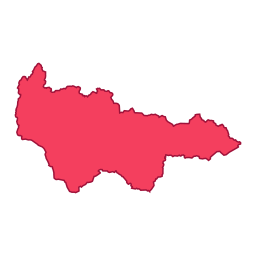 the border of Khanty-Mansiy
{"feature_id": "RUS-2396", "entity_name": "Khanty-Mansiy", "entity_type": "Autonomous Province", "adm_level": 1, "iso_a3": "RUS", "parent_name": "Russia", "parent_adm1": "", "projection": "mercator", "projection_center": [69.975, 62.153], "detail": "fine", "context": "isolated", "style": "filled", "palette": "rose", "viewbox_px": 256, "rotation_deg": 0, "n_neighbors": 0, "source": "natural_earth", "source_scale": "10m", "svg_char_len": 5726}
<svg xmlns="http://www.w3.org/2000/svg" viewBox="0 0 256 256"><path d="M19.2,135.7L17.8,135.0L17.6,134.7L16.9,132.6L16.9,131.9L17.5,130.2L17.8,129.0L18.2,128.5L18.6,127.8L18.5,126.9L18.9,125.3L18.8,125.1L17.8,124.7L17.2,123.1L16.8,121.5L16.8,121.0L17.3,120.5L17.3,119.7L17.5,118.3L17.5,118.1L17.1,117.4L15.9,117.0L15.5,116.0L15.4,115.0L15.4,114.7L15.9,114.0L16.0,113.8L15.7,112.6L16.3,111.0L15.9,110.3L15.9,110.0L16.4,109.5L16.2,108.9L17.0,107.2L17.6,104.9L17.8,101.8L18.3,100.6L18.3,98.9L20.0,97.5L20.5,95.9L20.7,94.9L20.6,94.5L19.7,94.5L18.4,93.0L18.4,92.0L18.8,91.0L18.6,90.1L18.6,88.7L17.5,88.0L17.8,87.2L18.4,86.4L18.7,85.4L19.2,84.9L19.4,84.5L18.9,83.5L19.0,82.3L19.8,80.7L21.0,79.9L22.1,77.8L23.1,76.6L24.5,76.5L25.4,76.8L25.6,77.0L25.5,77.5L27.0,79.1L27.1,79.9L27.3,80.1L28.5,77.9L28.7,77.0L30.1,76.9L31.0,75.3L31.2,74.7L32.3,74.1L32.5,73.3L33.1,72.2L32.5,71.5L33.7,70.0L34.5,68.0L35.2,66.8L36.1,66.2L37.7,63.8L38.9,63.4L41.1,65.3L41.5,67.0L42.2,67.5L41.9,68.9L42.8,70.9L45.6,72.0L45.5,73.0L45.6,73.7L45.5,74.5L45.6,75.4L45.5,76.9L45.3,77.9L44.5,79.5L44.5,80.1L44.5,80.4L45.4,80.8L45.6,81.2L45.7,81.8L45.4,82.2L45.5,83.1L45.0,84.0L43.7,85.0L43.7,85.7L43.3,86.7L44.5,87.9L45.8,87.8L46.3,88.2L46.8,87.7L49.2,87.3L50.4,88.5L51.1,88.6L51.4,90.2L50.6,91.1L51.3,91.9L52.3,92.3L54.6,92.0L54.7,91.8L54.8,91.4L55.6,90.6L59.6,90.5L60.7,89.0L62.0,89.2L64.0,88.4L65.5,88.8L66.8,86.9L67.4,86.4L70.2,86.2L71.4,86.4L72.6,85.9L73.7,86.1L76.4,87.5L76.5,87.2L78.2,86.6L79.8,87.4L80.3,88.0L80.3,88.9L79.9,90.1L79.1,91.2L79.2,91.6L79.1,92.5L79.3,93.1L79.9,93.6L82.3,94.3L82.3,95.0L83.0,95.2L83.2,95.9L84.2,95.6L84.5,95.7L84.7,96.2L84.9,95.8L85.7,96.1L86.6,95.9L87.6,96.8L88.7,95.2L89.4,95.1L90.8,94.1L91.0,93.4L92.9,91.7L95.1,92.5L96.3,93.3L96.7,93.2L96.8,92.3L97.6,91.1L96.5,89.0L97.8,88.3L98.7,88.6L99.6,88.3L101.0,89.9L103.9,89.8L104.6,90.9L106.1,91.3L106.9,91.3L108.0,90.7L108.7,90.8L110.1,92.6L111.8,92.9L112.6,93.7L112.8,94.5L112.6,95.3L110.8,97.4L111.4,98.6L111.5,99.4L112.1,99.8L113.0,101.0L113.8,103.3L116.2,103.3L117.8,103.7L119.2,105.3L119.3,106.0L119.7,112.9L121.3,112.3L122.9,112.6L124.3,110.7L128.5,111.1L130.0,110.0L130.6,109.0L132.3,108.2L133.0,109.1L133.0,109.3L133.8,110.5L134.5,112.5L135.6,112.9L136.2,112.8L141.8,113.1L144.1,115.5L147.5,115.7L148.5,115.2L149.5,115.2L151.3,114.3L153.2,114.7L155.5,114.3L156.1,114.8L158.7,116.0L159.1,117.3L161.9,115.6L162.4,115.6L163.6,116.5L165.3,116.8L166.2,119.8L166.4,120.2L167.8,121.7L172.6,124.5L173.2,125.9L173.6,126.2L174.7,125.4L176.7,124.3L177.9,124.2L180.2,123.4L188.8,123.6L189.1,123.4L189.5,121.8L189.6,120.2L190.0,119.8L191.1,119.5L192.7,118.1L192.9,117.7L193.8,117.3L194.3,116.5L195.0,116.3L195.2,115.7L195.3,114.8L196.8,114.4L199.7,114.2L199.9,115.4L200.2,116.9L200.4,117.3L201.5,118.5L201.6,119.6L203.8,120.5L204.1,121.2L205.4,122.1L205.8,122.0L207.8,120.0L208.6,119.9L209.8,120.6L211.1,120.4L213.5,120.9L213.6,121.2L213.4,122.2L213.6,122.4L215.7,123.8L215.8,124.1L215.8,124.7L215.9,125.0L218.0,126.2L218.2,126.3L220.1,125.1L220.3,125.5L220.6,125.4L221.9,124.4L222.3,124.4L223.5,125.8L223.9,127.0L224.2,127.4L224.8,127.8L225.7,127.7L226.1,127.8L226.4,128.7L226.5,129.6L227.4,130.4L228.7,134.5L228.4,135.7L228.5,136.1L229.4,136.9L229.8,138.0L231.0,138.4L231.8,138.2L232.4,138.4L233.2,139.0L233.8,139.8L234.7,140.2L235.6,139.9L236.5,141.2L238.5,142.1L239.6,141.8L240.6,142.7L240.6,143.3L240.6,143.9L240.4,144.1L238.9,144.5L237.9,145.4L237.8,146.0L238.4,146.9L238.1,147.2L229.3,152.2L226.2,154.7L223.9,155.2L220.8,152.5L219.8,151.4L216.8,151.7L210.6,157.0L210.4,157.4L210.4,158.9L208.6,160.4L206.4,158.6L205.7,158.4L203.3,158.6L202.9,158.9L199.9,158.5L199.5,158.2L199.3,157.7L199.0,156.5L196.4,155.7L195.6,156.2L193.9,156.3L191.9,158.0L189.1,157.5L186.1,157.6L185.1,158.1L184.3,157.1L184.3,156.2L184.5,155.7L184.0,155.5L183.5,155.0L181.7,155.2L181.1,155.9L180.3,156.0L179.3,155.2L177.5,156.1L174.5,155.7L172.8,156.6L172.5,156.4L172.0,155.8L171.0,155.2L169.8,155.2L168.5,155.5L165.9,154.8L165.8,155.1L165.6,157.0L165.0,156.8L164.8,157.2L164.8,158.3L165.4,158.6L165.5,159.5L165.5,159.8L165.2,160.4L163.4,161.3L163.2,161.7L163.0,162.9L163.0,163.4L163.5,163.7L163.8,164.8L163.2,166.4L162.5,167.4L163.0,168.2L162.9,170.4L162.9,173.4L162.8,173.9L162.2,174.5L162.1,176.3L160.4,176.9L158.1,177.0L156.6,179.0L155.8,178.9L155.1,181.1L153.5,182.0L153.5,182.4L154.0,185.3L153.6,186.2L151.4,189.4L149.6,191.2L149.6,191.6L148.3,190.5L147.4,190.9L146.7,190.2L146.1,190.0L140.6,190.2L139.6,189.1L138.7,188.8L137.7,189.0L136.7,188.3L135.6,188.9L135.1,188.9L131.7,188.2L132.2,186.7L131.1,185.9L131.0,185.6L130.9,185.4L131.2,184.3L130.8,183.6L130.2,183.3L128.4,184.2L127.4,183.4L126.7,182.2L126.7,181.2L126.6,180.9L126.0,180.3L124.2,178.1L123.6,177.5L123.1,176.7L122.0,176.5L121.1,175.2L119.0,174.1L118.3,173.4L117.0,172.7L116.1,170.9L115.5,171.0L114.7,172.3L114.4,172.4L112.8,171.6L109.5,172.4L108.2,172.0L107.4,171.0L102.9,170.9L102.5,170.7L102.3,169.8L102.2,169.6L100.3,169.5L98.8,170.3L98.3,171.0L100.0,172.4L100.2,172.7L100.2,173.0L96.4,175.7L94.6,176.5L94.1,176.4L93.9,176.8L92.6,180.8L92.3,181.3L90.9,182.0L88.2,182.5L87.1,182.4L85.6,184.4L83.1,185.6L81.4,187.1L80.6,186.3L79.0,187.0L78.8,187.4L79.0,190.5L78.9,191.1L75.6,192.6L74.6,192.2L71.9,192.2L69.6,191.4L67.2,187.2L65.7,182.4L64.8,182.0L64.6,181.6L64.4,180.8L64.2,180.4L58.3,179.2L56.6,179.5L55.8,179.4L54.3,178.3L54.1,177.8L53.9,174.4L53.9,172.8L53.1,169.4L52.6,168.5L52.5,167.3L52.2,166.7L50.5,166.5L48.8,165.4L49.1,164.7L49.0,164.2L47.9,161.5L46.2,158.4L45.8,156.6L45.1,154.7L45.3,153.7L46.0,152.2L44.0,148.5L42.3,146.9L38.2,145.2L37.9,144.6L31.7,140.2L30.1,139.8L28.3,139.9L25.5,139.1L22.4,139.5L21.7,138.9L21.6,137.2L21.8,136.6L21.8,136.3L20.0,135.4L19.2,135.7Z" fill="#f43f5e" stroke="#9f1239" stroke-width="1.5"/></svg>